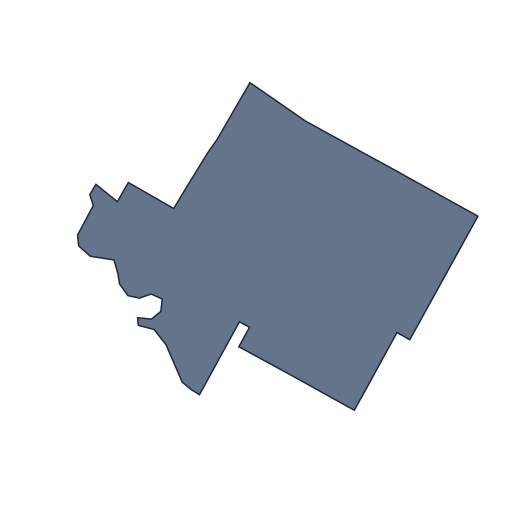 Lincoln, Arkansas, United States of America, rotated 209°
{"feature_id": "52423323B30857528698803", "entity_name": "Lincoln", "entity_type": "district", "adm_level": 2, "iso_a3": "USA", "parent_name": "United States of America", "parent_adm1": "Arkansas", "projection": "mercator", "projection_center": [-91.656, 33.979], "detail": "fine", "context": "isolated", "style": "filled", "palette": "slate", "viewbox_px": 512, "rotation_deg": 209, "n_neighbors": 0, "source": "geoboundaries", "source_scale": "gbopen_adm2", "svg_char_len": 693}
<svg xmlns="http://www.w3.org/2000/svg" viewBox="0 0 512 512"><g transform="rotate(209 256 256)"><path d="M81.2,398.4L167.6,398.4L170.6,398.5L211.8,398.2L278.3,398.0L345.3,404.7L346.6,338.2L348.2,323.9L350.1,282.9L351.0,257.6L403.3,258.4L403.6,236.3L430.8,241.1L431.1,229.0L422.8,221.4L422.2,187.8L416.0,178.9L400.8,175.4L378.3,183.7L368.0,173.4L361.8,165.4L348.9,159.2L337.5,162.7L329.2,171.9L317.1,172.9L312.4,161.4L316.9,150.1L329.7,144.6L325.3,138.3L309.6,142.3L291.7,134.8L259.4,109.9L247.7,107.7L238.2,107.3L238.6,190.4L227.1,190.5L227.0,168.3L160.9,168.8L102.4,168.7L95.3,168.8L95.2,191.1L95.6,257.4L80.9,257.3L81.2,398.4Z" fill="#64748b" stroke="#1e293b" stroke-width="1.5"/></g></svg>